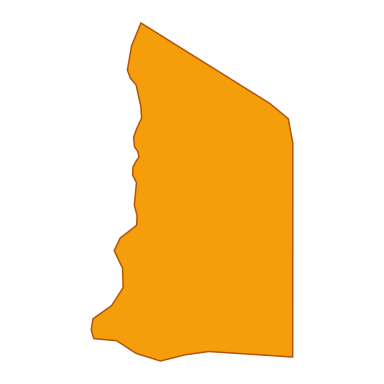 an SVG outline of Katakwi
{"feature_id": "UGA-3122", "entity_name": "Katakwi", "entity_type": "County", "adm_level": 1, "iso_a3": "UGA", "parent_name": "Uganda", "parent_adm1": "", "projection": "mercator", "projection_center": [33.928, 1.964], "detail": "fine", "context": "isolated", "style": "filled", "palette": "amber", "viewbox_px": 384, "rotation_deg": 0, "n_neighbors": 0, "source": "natural_earth", "source_scale": "10m", "svg_char_len": 579}
<svg xmlns="http://www.w3.org/2000/svg" viewBox="0 0 384 384"><path d="M93.0,318.8L111.7,305.5L123.2,287.5L122.5,268.0L114.2,250.7L120.2,238.0L136.6,225.3L137.1,215.5L134.3,205.1L136.5,182.7L132.7,175.2L133.0,167.0L135.7,161.9L138.9,157.0L137.9,151.8L134.5,146.7L133.6,137.4L136.6,128.9L141.6,118.1L140.9,106.7L136.1,84.9L130.5,78.4L127.4,70.1L131.5,46.1L140.9,23.0L269.7,103.4L288.3,118.8L292.8,143.1L292.8,196.6L292.7,357.0L208.6,351.5L185.1,354.8L160.4,361.0L136.1,353.4L116.6,340.7L93.8,338.6L91.2,330.0L93.0,318.8Z" fill="#f59e0b" stroke="#b45309" stroke-width="1.5"/></svg>